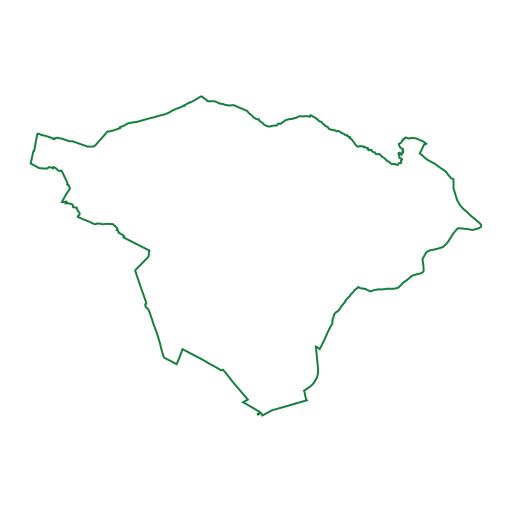 the district of Dragoiesti, Suceava, Romania
{"feature_id": "2599482B69921637610392", "entity_name": "Dragoiesti", "entity_type": "district", "adm_level": 2, "iso_a3": "ROU", "parent_name": "Romania", "parent_adm1": "Suceava", "projection": "robinson", "projection_center": [26.101, 47.535], "detail": "fine", "context": "isolated", "style": "outline", "palette": "green", "viewbox_px": 512, "rotation_deg": 0, "n_neighbors": 0, "source": "geoboundaries", "source_scale": "gbopen_adm2", "svg_char_len": 6053}
<svg xmlns="http://www.w3.org/2000/svg" viewBox="0 0 512 512"><path d="M319.7,349.1L324.4,339.9L327.4,332.9L330.3,327.0L332.2,323.8L332.6,320.8L332.4,319.9L333.8,316.3L333.8,315.2L334.2,314.3L336.0,312.2L337.7,311.3L338.4,310.4L339.3,309.6L341.1,306.7L345.2,301.7L345.5,300.5L346.3,299.8L346.4,299.4L347.6,298.1L348.4,297.6L349.1,296.6L350.1,295.7L350.3,295.4L350.4,294.9L352.8,292.5L354.9,289.8L357.4,288.0L358.2,287.0L359.6,287.8L362.2,288.6L363.1,288.5L364.3,288.9L364.9,288.8L365.7,289.0L366.6,289.6L370.3,291.4L370.9,291.4L372.3,290.7L375.0,289.9L376.5,289.8L378.1,289.3L380.7,289.5L384.5,289.2L386.8,288.7L393.6,288.8L396.5,288.2L398.1,287.7L399.2,286.8L403.9,282.1L406.0,280.8L412.0,275.8L413.3,275.2L420.5,273.4L422.5,272.5L423.3,271.5L423.7,270.5L423.2,264.1L422.5,259.8L422.6,258.9L425.9,253.0L427.0,251.9L428.3,251.1L429.9,250.4L434.5,249.5L439.8,248.1L443.1,246.9L446.5,243.7L448.3,241.4L453.2,233.6L457.3,228.7L458.7,228.2L467.2,229.0L472.5,230.0L477.4,228.7L479.4,227.9L480.7,227.1L481.1,226.3L481.3,225.2L480.1,223.6L477.4,221.2L469.8,214.9L468.8,213.7L462.8,208.4L459.9,205.0L457.1,200.1L453.4,188.0L453.6,184.4L453.4,179.3L451.1,178.2L448.4,175.1L447.1,173.2L445.3,171.1L440.1,167.7L435.5,164.2L427.5,159.8L425.0,157.9L421.6,154.8L419.8,153.5L424.2,144.4L425.8,144.1L426.3,143.8L425.4,143.1L424.6,142.7L424.0,141.8L417.2,138.9L414.7,138.1L411.0,137.9L409.4,138.5L408.5,138.5L405.9,137.5L405.3,137.6L405.0,137.9L404.8,138.7L403.5,138.9L403.2,139.2L402.9,140.2L402.1,140.8L401.8,141.6L400.7,143.0L399.2,143.6L398.9,144.0L399.2,145.5L400.2,147.4L401.3,148.3L402.9,149.0L402.9,149.8L403.2,150.2L403.1,150.7L402.7,150.8L402.5,151.1L402.6,151.5L403.1,152.0L403.0,152.3L402.9,152.6L402.2,153.0L402.0,153.4L401.7,154.5L401.5,154.8L401.2,154.7L400.3,153.3L399.8,152.7L399.3,153.1L398.6,153.2L398.4,153.7L399.0,155.1L399.4,156.7L399.4,157.5L399.6,158.0L400.1,158.3L401.5,158.6L402.1,159.2L401.9,159.8L401.2,160.3L401.0,160.6L401.1,162.9L400.9,163.1L399.2,163.1L398.6,163.4L398.0,164.6L397.2,165.0L396.7,164.9L396.0,164.3L395.3,164.1L394.8,164.0L394.0,164.3L393.3,163.8L391.9,164.0L390.3,163.2L390.0,162.6L388.9,161.7L387.1,161.0L384.5,158.2L383.2,157.3L382.0,156.8L381.5,156.1L379.4,154.0L377.6,154.2L376.0,154.1L375.6,153.7L375.0,152.5L374.1,152.4L372.4,151.5L372.0,151.0L371.6,150.0L370.8,150.1L370.0,149.8L369.2,150.3L368.8,149.8L367.8,149.5L367.7,149.2L368.1,148.6L368.1,148.3L367.8,148.0L366.8,148.0L365.6,147.3L364.8,147.1L364.3,147.4L364.1,147.4L363.4,146.8L363.3,146.4L360.6,146.3L360.3,146.1L359.4,146.3L358.7,146.7L357.3,146.4L357.0,145.9L356.0,145.4L355.7,145.0L354.3,142.8L351.2,138.9L350.7,138.6L349.8,138.4L349.7,138.2L350.0,137.6L350.0,137.1L349.8,136.8L347.8,136.5L347.5,136.3L347.3,135.2L346.3,135.2L344.9,134.8L343.4,133.5L341.7,133.1L340.2,131.8L338.1,130.9L337.4,131.3L336.9,131.3L333.9,130.1L333.5,130.1L332.5,129.8L331.4,129.9L329.4,129.0L328.8,128.8L328.5,128.0L328.1,127.7L327.7,127.0L325.2,125.9L324.8,125.0L323.0,123.9L321.9,122.4L321.4,122.1L321.1,121.7L319.5,121.3L318.1,120.3L317.8,119.5L317.5,119.5L316.2,118.6L315.9,117.9L314.3,117.4L311.2,115.4L310.2,115.4L310.0,115.6L310.2,116.0L310.1,116.6L309.8,116.7L309.2,116.5L306.0,116.1L305.0,116.2L303.2,116.5L302.3,116.3L301.5,116.4L300.5,116.2L299.5,116.3L298.3,116.6L295.9,117.9L293.7,118.3L292.6,118.9L290.1,119.0L286.2,119.9L283.3,121.8L282.5,122.2L281.3,123.4L280.6,123.8L279.9,123.8L278.4,123.5L278.1,123.6L277.8,124.5L276.8,125.4L276.2,125.6L275.2,125.5L273.5,125.6L269.8,126.5L267.8,126.4L264.3,124.9L262.8,123.2L261.9,122.6L260.6,121.5L259.5,121.0L259.2,120.6L259.0,119.7L258.6,119.1L256.9,119.3L254.5,118.0L253.2,116.9L251.1,114.8L249.4,113.6L246.9,110.8L245.5,110.2L236.5,106.4L236.0,106.3L234.8,105.6L233.2,105.1L229.7,105.5L227.5,105.3L224.6,104.7L222.8,104.0L221.3,103.9L219.0,103.2L215.6,101.6L213.5,101.2L208.1,101.3L207.4,101.0L207.0,100.7L206.7,100.0L204.4,98.6L201.9,96.5L201.2,96.5L200.6,96.6L194.5,100.3L190.1,102.6L189.7,102.4L184.1,105.4L184.3,105.9L183.0,106.1L179.7,107.6L175.5,109.1L172.6,110.5L168.8,112.7L164.7,114.4L160.1,115.5L154.0,117.3L151.0,117.9L136.9,121.9L132.8,122.4L127.9,123.4L123.2,126.0L119.7,127.3L120.0,128.2L112.7,130.7L109.1,131.5L107.5,131.4L104.7,134.8L95.2,145.5L94.2,146.1L92.9,146.6L87.2,146.6L84.8,145.6L72.3,141.2L69.7,141.3L68.9,141.1L62.9,139.0L57.4,137.7L56.0,138.1L55.0,138.1L54.5,139.2L52.7,138.7L52.8,138.4L48.1,136.6L40.3,134.6L39.6,134.0L37.7,133.7L37.2,134.5L34.1,151.0L33.4,151.2L30.7,163.5L39.1,168.1L43.6,168.5L47.4,168.5L48.7,167.2L52.1,167.6L52.9,168.4L53.6,167.1L55.7,168.1L57.7,170.1L59.0,170.9L60.3,170.8L61.1,170.6L61.6,170.9L62.1,171.7L67.4,182.9L67.6,184.4L67.3,184.7L67.5,184.9L68.5,185.1L70.0,188.4L65.2,195.9L61.9,202.0L63.7,202.1L66.5,201.6L66.8,202.7L65.9,202.7L65.7,203.3L68.7,203.3L72.5,204.5L73.0,205.6L73.1,207.2L75.2,207.5L76.6,207.5L77.6,210.5L79.4,212.7L79.7,214.1L79.0,215.2L77.8,216.2L77.7,216.7L78.0,217.1L87.5,221.0L89.6,221.8L94.3,224.1L95.7,224.1L96.9,223.6L98.3,223.7L99.5,223.5L103.1,224.3L104.7,224.0L107.8,223.8L109.0,224.0L112.8,224.1L113.2,224.3L113.6,224.9L114.5,225.8L115.1,226.0L116.4,227.5L117.5,229.2L116.8,230.1L118.3,231.0L118.5,232.6L123.1,235.2L123.1,235.6L124.2,236.3L123.6,237.5L149.3,250.5L148.8,253.3L148.8,255.5L148.5,256.4L147.9,257.4L135.6,269.8L135.2,270.7L141.8,290.2L142.4,292.0L142.6,292.3L146.0,302.0L146.2,303.1L146.0,303.9L145.3,304.3L145.2,304.6L145.5,305.7L145.5,306.3L145.7,306.8L146.3,307.6L147.4,308.5L148.3,309.6L149.9,313.0L151.1,316.9L152.0,319.3L153.2,323.3L157.0,333.4L160.4,344.8L161.2,348.5L162.7,353.9L164.1,357.6L176.6,364.2L178.8,359.2L182.5,349.2L202.1,359.4L208.8,363.4L216.6,367.6L220.9,370.3L222.8,369.8L225.6,372.7L232.0,381.0L247.8,399.6L243.1,402.2L259.4,411.7L259.6,412.1L259.5,412.5L257.8,414.0L257.7,414.3L258.0,414.6L258.4,414.5L259.9,413.1L260.5,412.9L261.0,413.0L262.4,415.5L271.7,410.4L306.9,400.3L306.1,399.1L305.4,396.6L304.4,391.3L304.0,390.7L310.0,386.7L311.5,385.4L313.6,383.2L316.6,378.3L317.3,376.4L318.0,373.1L318.1,369.3L315.9,346.6L317.1,347.0L319.7,349.1Z" fill="none" stroke="#15803d" stroke-width="2"/></svg>